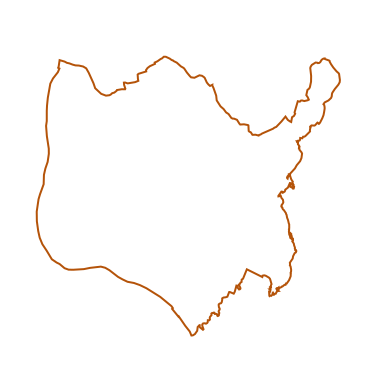 outline of Pedraza, Magdalena, Colombia, rotated 355°
{"feature_id": "7082276B4621695095776", "entity_name": "Pedraza", "entity_type": "district", "adm_level": 2, "iso_a3": "COL", "parent_name": "Colombia", "parent_adm1": "Magdalena", "projection": "equal_earth", "projection_center": [-74.79, 10.149], "detail": "fine", "context": "isolated", "style": "outline", "palette": "amber", "viewbox_px": 384, "rotation_deg": 355, "n_neighbors": 0, "source": "geoboundaries", "source_scale": "gbopen_adm2", "svg_char_len": 6016}
<svg xmlns="http://www.w3.org/2000/svg" viewBox="0 0 384 384"><g transform="rotate(355 192 192)"><path d="M36.3,224.3L38.4,231.0L42.1,237.8L46.5,246.8L51.0,250.5L53.8,252.2L58.4,256.8L62.3,258.6L66.8,259.1L77.6,259.4L83.8,258.7L94.7,258.4L98.9,259.9L102.9,262.7L110.9,270.1L115.2,273.0L119.9,275.8L126.3,277.6L132.0,280.2L138.2,283.9L151.2,293.7L161.6,303.9L162.8,306.0L162.0,306.7L167.7,315.1L168.0,314.8L173.6,324.7L177.6,330.8L178.9,334.9L180.3,334.9L182.5,333.8L185.1,330.7L185.9,327.0L187.8,325.3L188.1,325.4L187.8,326.8L188.3,327.7L190.9,330.2L191.5,329.7L190.6,326.3L190.7,324.8L191.6,323.9L193.4,323.9L194.4,324.4L195.6,323.9L196.2,323.3L196.6,321.1L198.1,321.3L198.7,320.6L198.7,318.9L199.1,317.9L200.7,316.4L200.7,314.8L201.6,314.2L202.6,314.5L203.3,314.0L203.8,314.2L204.2,315.5L205.3,315.5L206.2,315.9L206.4,317.4L206.8,317.8L207.6,317.6L208.1,317.0L208.1,316.1L208.5,315.5L208.6,314.5L208.1,313.6L208.5,312.3L209.3,311.6L209.4,310.3L209.0,309.9L208.8,309.2L208.7,306.8L208.9,306.2L209.8,305.6L211.3,305.3L212.0,304.4L212.7,302.1L212.8,300.6L214.1,299.9L216.5,299.8L218.1,299.4L220.3,294.9L220.9,294.9L224.7,296.9L225.9,295.1L228.1,289.1L229.0,289.5L229.2,291.4L230.4,293.2L231.3,293.0L231.8,292.5L231.8,291.6L230.6,288.3L231.6,287.8L232.4,286.5L233.5,286.0L233.9,283.6L235.3,282.8L239.9,273.8L254.6,282.8L255.0,281.5L256.6,281.3L258.1,281.8L261.3,284.1L262.1,285.3L262.4,286.5L263.2,290.7L262.4,292.0L262.4,293.8L261.8,293.7L262.0,294.2L261.3,294.5L261.8,296.0L261.7,296.3L261.0,296.1L261.4,296.7L261.3,297.7L260.6,298.9L260.1,298.5L260.0,302.1L260.2,302.5L261.3,302.0L262.0,302.3L263.1,301.3L263.5,300.5L263.4,299.8L263.9,299.3L264.3,300.1L263.8,301.1L264.2,301.4L264.5,301.1L265.0,301.3L265.4,300.7L266.6,300.6L267.4,299.1L268.3,298.4L268.1,296.9L268.5,298.1L268.8,298.1L268.5,297.9L268.7,297.4L269.0,297.7L269.5,297.7L269.2,297.2L269.6,296.3L269.5,296.0L269.0,296.8L268.4,296.2L268.1,296.9L267.6,295.7L268.0,295.2L269.6,295.0L270.0,294.7L270.1,296.1L270.6,295.3L272.6,294.6L273.5,293.9L273.9,294.0L276.1,292.5L277.1,292.6L277.7,291.3L278.4,291.4L281.0,288.3L282.9,284.6L283.2,282.8L283.1,282.2L283.4,281.6L283.2,281.0L283.7,280.1L284.0,278.2L283.7,274.6L283.1,273.7L283.4,272.5L283.3,271.0L286.5,267.1L287.1,264.8L288.9,261.9L290.2,261.2L290.8,259.9L290.6,259.3L290.2,259.5L289.7,258.9L289.8,258.0L289.5,257.4L289.7,256.3L289.1,254.2L288.9,252.2L287.6,249.9L287.8,249.4L288.4,249.2L288.5,247.3L288.2,247.0L286.6,247.2L287.8,247.0L287.5,246.5L287.5,244.6L287.0,243.0L287.2,242.5L286.1,241.1L285.4,241.1L286.5,246.8L286.1,246.4L286.2,246.0L285.9,246.0L285.7,244.0L285.2,243.0L285.1,239.8L285.5,237.9L285.3,237.5L285.7,236.6L286.0,232.7L285.7,231.8L285.2,228.3L284.5,225.9L284.2,222.9L283.8,222.1L283.7,221.2L281.9,218.0L281.1,217.2L280.6,216.1L280.7,215.5L280.0,214.7L280.1,214.1L279.8,214.0L280.0,213.0L281.5,211.3L282.1,210.1L281.9,207.6L280.6,205.7L280.0,203.2L279.1,202.7L278.7,203.8L277.7,203.9L277.7,203.4L281.1,199.4L282.0,199.6L281.9,200.3L282.3,200.7L284.3,199.7L284.9,198.8L285.1,197.8L287.9,196.0L290.3,191.6L291.1,191.8L291.7,192.7L290.8,193.4L290.7,194.6L289.8,194.5L290.0,195.1L292.3,196.5L293.0,197.5L293.6,197.4L294.2,195.6L293.7,194.9L293.7,194.4L293.3,194.5L293.8,193.7L293.5,193.2L292.8,193.3L292.7,192.9L293.2,192.2L292.9,191.5L293.3,190.3L292.8,189.8L291.9,187.8L291.1,184.3L291.2,183.5L290.3,183.8L288.9,185.4L288.4,187.0L288.1,186.7L287.9,186.0L288.4,184.9L290.0,183.3L290.0,182.7L291.0,182.6L296.6,177.5L298.7,174.4L302.4,170.7L304.0,167.7L305.0,163.3L304.6,162.1L302.8,159.4L302.7,158.0L302.3,157.9L302.5,156.7L302.9,156.7L303.1,156.1L302.4,154.6L301.7,153.8L302.0,151.5L301.7,151.3L301.6,151.7L301.1,151.6L300.8,150.6L301.3,150.7L301.7,150.2L303.6,150.1L304.2,149.4L304.5,147.6L306.6,148.1L307.5,146.6L308.8,146.7L309.9,146.1L314.7,142.1L314.9,141.8L314.8,140.8L315.4,138.6L315.3,137.3L315.6,137.0L316.0,137.3L316.3,136.5L316.8,136.1L319.7,136.5L320.5,136.2L323.0,133.8L323.6,134.2L324.1,135.1L324.6,135.1L325.7,133.9L328.2,129.9L329.7,126.9L330.6,123.8L331.4,120.5L331.5,118.9L331.3,116.9L330.6,116.0L332.0,114.3L335.9,112.7L338.7,110.5L339.5,109.0L340.0,106.4L340.5,105.3L343.2,101.9L347.2,97.8L348.7,95.5L349.1,93.3L348.8,87.2L348.4,86.4L346.5,84.4L343.6,80.3L341.6,76.7L340.5,74.2L340.6,73.6L340.1,73.0L336.0,71.1L335.9,70.5L334.5,70.6L333.3,71.2L332.5,71.8L331.1,73.8L330.0,74.5L328.6,74.6L328.0,74.1L326.4,73.8L322.5,75.8L321.2,77.4L320.6,78.8L320.8,86.8L320.2,92.5L318.6,97.8L317.8,99.1L315.9,100.4L314.3,105.5L315.5,107.6L316.4,110.2L315.3,110.7L311.8,111.2L309.7,110.4L308.5,110.4L307.3,111.4L305.3,110.8L301.2,121.4L301.1,121.9L301.6,123.0L300.2,125.1L298.2,126.2L296.9,130.9L295.7,130.2L293.7,128.5L291.7,125.0L287.2,129.6L281.6,134.5L279.7,135.1L278.3,136.0L266.8,139.9L265.4,140.7L263.6,141.1L263.3,141.6L260.4,140.5L257.2,140.3L255.8,137.7L254.3,136.8L253.8,136.1L254.0,130.6L253.6,130.2L249.7,129.1L245.9,129.0L245.2,128.1L243.1,124.0L240.3,122.6L238.8,122.4L237.6,121.6L235.2,117.5L232.9,115.7L230.7,112.1L227.9,109.2L224.6,102.9L224.5,98.1L222.5,90.3L221.5,87.6L221.6,87.0L219.2,87.9L217.7,86.3L216.3,84.2L214.6,79.4L213.8,78.5L212.1,77.1L209.6,76.4L204.4,78.4L201.1,77.7L200.0,76.4L197.3,72.5L195.0,68.3L194.2,67.5L191.9,65.9L188.1,61.8L185.0,59.9L184.3,59.1L183.3,58.8L181.5,57.2L177.7,55.0L175.7,54.8L173.6,56.4L172.5,56.7L168.9,58.8L166.1,59.8L166.3,61.1L161.0,63.0L158.5,64.6L156.8,66.6L156.9,67.9L149.0,69.6L148.1,70.3L148.0,74.6L148.2,76.6L144.9,77.6L137.4,78.2L134.9,77.1L133.7,77.1L133.7,79.4L134.6,83.3L134.3,83.8L131.0,83.5L126.1,83.9L125.7,84.6L123.3,86.2L121.1,86.6L119.6,87.8L118.1,88.4L114.7,88.5L110.1,86.3L104.6,80.2L103.3,75.0L99.5,64.2L97.4,59.6L94.5,57.5L90.4,56.2L86.9,55.7L84.2,54.7L81.1,53.2L78.6,52.4L76.5,51.0L71.6,49.1L70.1,55.4L69.5,56.6L70.7,57.4L68.8,61.0L63.4,66.8L60.3,71.7L56.6,85.5L55.1,93.3L54.4,98.5L53.5,108.7L52.4,113.4L52.3,123.8L53.1,136.3L52.7,141.5L50.8,149.5L48.0,155.8L46.0,162.0L44.9,171.3L40.4,181.0L38.5,185.8L35.6,198.0L34.9,207.6L35.4,217.5L36.3,224.3Z" fill="none" stroke="#b45309" stroke-width="2"/></g></svg>